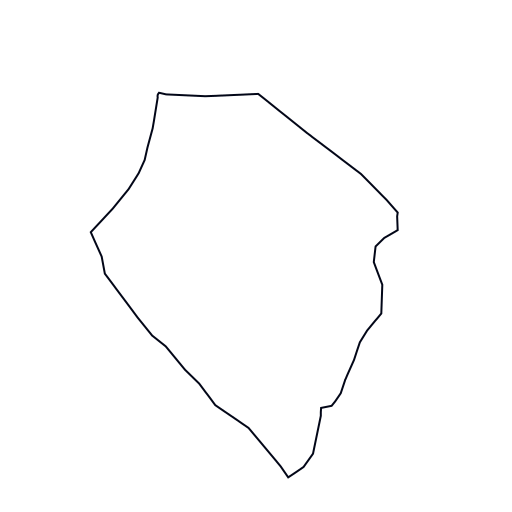 outline of Al Mighlaf, Al Hudaydah, Yemen, rotated 226°
{"feature_id": "15242507B86244592928099", "entity_name": "Al Mighlaf", "entity_type": "district", "adm_level": 2, "iso_a3": "YEM", "parent_name": "Yemen", "parent_adm1": "Al Hudaydah", "projection": "robinson", "projection_center": [43.181, 15.311], "detail": "fine", "context": "isolated", "style": "outline", "palette": "ink", "viewbox_px": 512, "rotation_deg": 226, "n_neighbors": 0, "source": "geoboundaries", "source_scale": "gbopen_adm2", "svg_char_len": 1485}
<svg xmlns="http://www.w3.org/2000/svg" viewBox="0 0 512 512"><g transform="rotate(226 256 256)"><path d="M387.9,153.7L378.1,150.1L362.8,144.6L348.3,135.0L333.0,133.1L329.4,132.6L307.8,129.9L294.1,128.1L271.6,126.1L271.1,126.0L253.7,128.3L223.4,125.9L203.7,126.5L199.7,126.0L192.8,125.1L190.7,124.9L185.1,124.2L180.0,123.5L177.0,123.1L166.2,125.3L150.9,128.5L144.8,129.7L137.5,131.2L98.1,128.4L87.6,127.6L74.4,125.4L72.5,135.8L71.2,143.7L72.0,147.9L73.9,158.2L74.2,159.7L96.0,191.6L98.7,194.2L101.5,197.3L95.7,206.3L96.4,211.9L98.4,221.6L104.5,233.3L105.0,234.1L105.3,235.1L106.9,238.8L112.9,253.7L113.3,254.6L117.7,262.9L121.8,270.8L125.2,284.2L126.6,296.5L126.9,300.1L127.6,306.2L147.6,326.9L163.4,333.7L169.8,336.5L179.1,347.8L179.8,348.7L179.9,358.9L179.9,360.7L179.9,360.9L177.2,371.7L176.9,372.9L176.2,375.9L186.5,385.1L188.8,388.1L199.6,388.6L205.6,388.9L211.9,388.8L223.3,388.7L223.7,388.7L242.0,388.5L246.1,387.9L247.8,387.6L264.6,385.0L275.4,383.4L276.7,383.2L286.2,381.7L287.5,381.5L302.6,379.1L304.4,378.9L309.2,378.1L332.2,375.2L344.3,373.6L364.3,371.1L371.0,370.2L371.4,369.8L378.2,362.1L382.4,357.3L384.1,355.4L386.5,352.7L395.3,342.7L395.7,342.3L399.1,338.4L406.0,330.7L406.6,330.1L434.7,303.6L439.8,300.3L440.8,299.6L440.6,298.7L440.5,298.1L440.1,297.1L439.6,296.5L439.0,295.9L438.3,295.4L423.7,275.9L419.6,270.3L409.5,253.4L402.4,242.6L397.1,229.2L395.8,224.0L392.6,210.8L390.4,192.5L389.6,185.9L387.9,153.7Z" fill="none" stroke="#020617" stroke-width="2"/></g></svg>